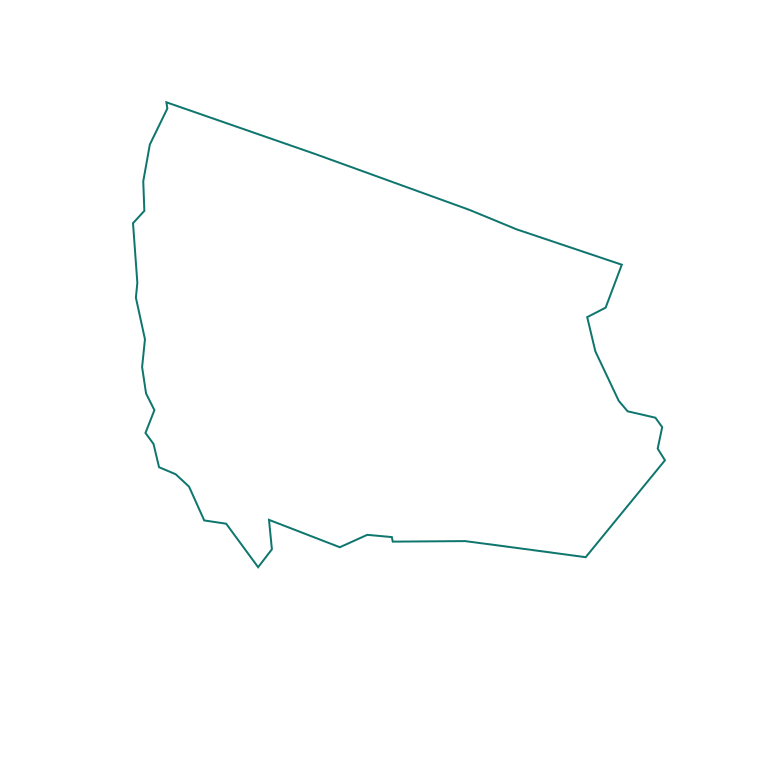 the district of Fairfield, South Carolina, United States of America, rotated 16°
{"feature_id": "52423323B16928233595838", "entity_name": "Fairfield", "entity_type": "district", "adm_level": 2, "iso_a3": "USA", "parent_name": "United States of America", "parent_adm1": "South Carolina", "projection": "robinson", "projection_center": [-81.147, 34.373], "detail": "fine", "context": "isolated", "style": "outline", "palette": "teal", "viewbox_px": 768, "rotation_deg": 16, "n_neighbors": 0, "source": "geoboundaries", "source_scale": "gbopen_adm2", "svg_char_len": 675}
<svg xmlns="http://www.w3.org/2000/svg" viewBox="0 0 768 768"><g transform="rotate(16 384 384)"><path d="M96.7,255.5L105.9,283.6L98.4,298.6L119.0,354.7L121.7,369.4L141.9,406.9L146.8,434.4L157.9,458.7L170.5,472.4L168.2,496.8L179.0,505.2L190.7,526.0L208.7,528.2L224.9,536.4L248.8,564.7L270.8,561.8L313.5,594.8L321.8,573.8L310.9,546.3L386.5,553.1L409.5,533.6L433.7,529.0L435.9,533.1L505.1,512.7L556.8,505.0L625.6,494.9L675.1,379.9L664.9,370.7L663.3,348.8L654.2,341.6L625.7,343.1L614.3,335.5L578.2,294.4L560.9,263.7L576.0,249.5L579.7,203.8L468.9,198.8L418.2,193.1L254.4,181.9L97.2,173.2L99.8,178.9L92.9,218.3L96.7,255.5Z" fill="none" stroke="#0f766e" stroke-width="2"/></g></svg>